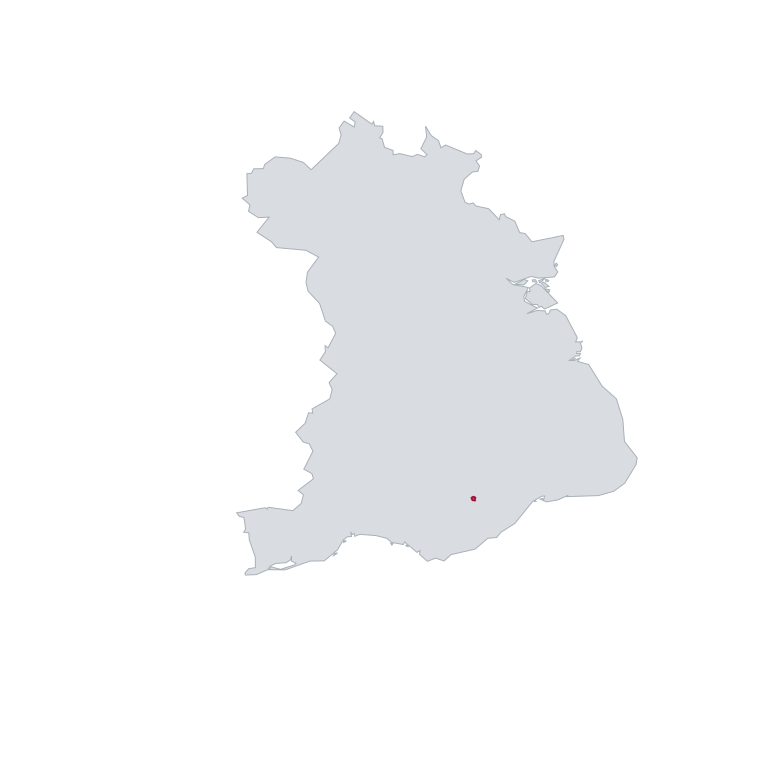 Cristália, Minas Gerais, Brazil shown in context, rotated 43°
{"feature_id": "56859067B10808930633928", "entity_name": "Cristália", "entity_type": "district", "adm_level": 2, "iso_a3": "BRA", "parent_name": "Brazil", "parent_adm1": "Minas Gerais", "projection": "albers", "projection_center": [-42.811, -16.709], "detail": "fine", "context": "in_parent", "style": "filled", "palette": "rose", "viewbox_px": 768, "rotation_deg": 43, "n_neighbors": 0, "source": "geoboundaries", "source_scale": "gbopen_adm2", "svg_char_len": 4784}
<svg xmlns="http://www.w3.org/2000/svg" viewBox="0 0 768 768"><g transform="rotate(43 384 384)"><path d="M215.5,206.0L223.0,210.6L231.3,207.0L234.3,210.1L238.5,204.7L249.6,198.4L251.7,193.4L258.9,190.0L259.1,186.9L250.5,186.8L246.8,174.3L238.5,167.1L249.0,170.1L257.9,168.9L264.6,172.4L266.0,167.2L287.9,159.1L292.5,154.5L291.8,150.7L298.5,149.9L300.7,151.5L299.1,158.1L305.2,159.4L307.6,164.4L304.0,168.8L303.0,179.5L308.3,190.2L319.2,195.8L323.7,194.4L325.6,190.7L329.7,191.2L341.1,184.4L356.3,185.3L353.7,180.7L355.9,177.4L358.9,178.6L368.6,175.7L380.0,180.7L384.6,177.7L395.2,179.1L413.7,153.2L417.0,155.6L424.6,178.4L428.0,181.8L434.7,183.6L435.6,189.5L424.9,201.1L418.3,205.0L410.0,220.8L401.3,223.4L410.5,223.4L423.7,215.0L426.7,224.8L430.5,227.7L444.4,223.8L440.6,235.1L445.7,226.0L452.0,220.6L455.2,222.1L456.6,220.4L455.2,216.4L459.4,211.4L470.3,210.1L493.7,218.2L495.5,222.5L498.7,219.4L504.2,222.7L505.7,226.4L502.9,229.0L504.1,230.3L507.0,227.8L507.7,230.2L505.1,232.7L503.4,240.4L507.0,237.2L509.6,231.4L510.1,235.5L520.5,230.2L544.8,236.8L564.1,236.4L582.9,247.1L599.0,262.0L619.4,265.3L623.2,270.8L627.7,292.1L625.2,305.7L616.9,319.4L594.5,341.7L594.5,339.8L590.2,350.2L583.3,359.3L580.1,360.6L577.9,356.4L575.9,358.4L572.8,368.3L574.8,396.6L570.6,412.9L571.1,419.4L565.1,426.1L563.3,442.5L549.4,463.0L548.7,472.4L540.5,476.2L536.6,484.1L526.1,484.3L523.8,481.3L523.0,484.6L506.8,485.5L507.6,488.2L497.4,494.8L491.5,494.8L481.4,500.4L468.8,510.5L466.5,515.3L464.2,513.6L463.4,515.7L460.5,514.9L464.3,517.6L461.4,520.7L460.6,525.9L463.1,537.2L460.9,554.1L450.6,564.0L438.5,587.3L426.7,598.1L426.3,594.7L434.8,590.1L441.9,577.3L442.0,575.0L436.9,576.6L433.7,572.7L435.5,576.6L434.3,581.4L427.0,589.3L424.9,595.4L425.8,598.7L420.6,610.5L413.1,618.1L411.3,617.2L411.0,611.4L415.2,606.0L407.8,598.3L391.8,589.9L386.7,585.1L382.5,588.1L381.8,584.5L372.6,577.1L368.5,579.5L364.1,578.7L381.6,555.4L383.9,555.4L383.3,553.2L403.7,538.8L404.9,527.7L400.6,520.0L393.8,520.4L397.0,501.4L392.4,498.7L383.5,501.0L377.8,481.6L370.1,478.7L364.6,481.5L352.3,479.6L353.1,466.5L348.5,456.5L351.8,453.9L348.4,451.3L354.5,431.8L349.8,423.3L342.9,420.4L342.6,408.6L320.8,410.2L319.2,400.5L314.7,396.1L318.4,395.7L314.1,379.9L306.9,376.8L298.4,378.0L281.9,369.0L265.2,367.9L257.7,362.9L251.8,354.5L249.6,335.7L235.5,339.6L212.3,357.6L204.7,356.7L187.6,359.7L186.2,340.3L178.6,348.0L167.1,350.1L163.8,344.4L153.5,344.8L155.6,339.2L140.3,323.7L143.3,320.2L142.0,315.4L148.9,308.8L147.0,304.6L149.5,292.2L161.4,282.8L174.0,276.9L184.6,277.0L186.8,238.8L182.7,231.0L176.5,227.4L175.5,218.9L187.0,216.4L184.3,212.0L177.4,212.9L176.4,205.2L198.0,202.2L197.3,199.1L201.0,201.5L207.4,196.3L211.7,200.7L212.9,206.8L215.5,206.0ZM431.6,204.9L455.7,206.3L450.4,219.5L446.0,219.9L445.3,222.2L441.8,221.3L438.1,224.7L429.1,225.0L425.6,218.6L427.9,216.8L424.9,214.6L426.6,206.9L431.6,204.9ZM411.9,221.5L415.2,211.9L418.9,210.5L418.8,216.2L411.9,221.5ZM438.1,200.0L435.9,203.6L430.4,203.0L431.2,200.7L438.1,200.0ZM429.7,196.5L429.1,203.7L426.7,203.0L429.7,196.5ZM442.0,204.5L438.6,205.0L437.0,204.4L441.2,202.1L442.0,204.5ZM426.4,205.3L423.0,207.7L421.5,206.6L423.9,204.4L426.4,205.3ZM432.7,198.8L430.9,197.3L433.8,195.8L434.1,197.2L432.7,198.8ZM430.1,180.5L428.0,180.9L427.5,178.3L429.4,178.1L430.1,180.5ZM464.1,544.1L463.4,541.8L464.8,539.6L465.2,540.2L464.1,544.1ZM499.2,493.9L499.7,496.5L497.5,495.9L499.2,493.9ZM462.5,527.5L461.6,526.1L462.9,524.6L463.4,525.2L462.5,527.5ZM506.4,235.6L505.0,238.3L506.4,234.4L506.4,235.6ZM578.9,361.0L576.6,361.7L578.1,359.6L578.9,361.0ZM512.6,486.5L510.4,487.4L510.0,486.9L511.3,485.7L512.6,486.5ZM575.1,366.0L574.2,367.5L573.7,366.5L575.1,366.0ZM499.9,217.0L500.1,218.5L499.4,218.3L499.9,217.0Z" fill="#d9dde1" stroke="#a8b0b8" stroke-width="1"/><path d="M530.2,406.9L530.1,406.7L529.9,406.7L529.9,406.8L529.7,406.9L529.4,406.8L529.4,406.7L529.2,406.5L529.2,406.4L529.1,406.2L528.9,406.1L528.7,406.0L528.7,405.9L528.6,405.7L528.6,405.4L528.6,405.2L528.7,404.9L528.5,404.7L528.4,404.7L528.2,404.6L527.9,404.7L528.0,404.8L527.9,404.8L527.8,405.0L527.7,405.1L527.6,405.3L527.4,405.3L527.3,405.2L527.2,405.1L526.9,405.1L526.7,405.2L526.4,405.2L526.4,405.3L526.4,405.5L526.2,405.7L526.2,405.8L526.2,406.0L525.9,406.0L525.8,406.3L525.7,406.3L525.6,406.5L525.7,406.8L525.7,407.0L525.5,407.3L525.8,407.4L526.0,407.5L526.2,407.8L526.2,408.0L526.3,408.0L526.4,408.3L526.5,408.3L526.8,408.4L526.8,408.2L527.0,408.0L527.0,407.9L527.3,407.9L527.3,408.0L527.5,408.3L527.5,408.5L527.8,408.7L528.0,408.6L528.3,408.6L528.4,408.4L528.5,408.4L528.7,408.2L528.8,408.1L529.0,408.0L529.1,407.9L529.3,407.9L529.4,407.7L529.5,407.7L529.5,407.4L529.6,407.2L529.7,407.3L529.8,407.4L530.0,407.3L530.0,407.2L530.2,406.9L530.2,406.9Z" fill="#f43f5e" stroke="#9f1239" stroke-width="1.5"/></g></svg>